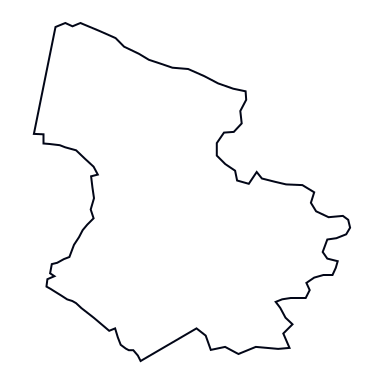 the district of Morfou, Cyprus
{"feature_id": "46923920B39754802683787", "entity_name": "Morfou", "entity_type": "district", "adm_level": 2, "iso_a3": "CYP", "parent_name": "Cyprus", "parent_adm1": "", "projection": "orthographic", "projection_center": [32.978, 35.222], "detail": "fine", "context": "isolated", "style": "outline", "palette": "ink", "viewbox_px": 384, "rotation_deg": 0, "n_neighbors": 0, "source": "geoboundaries", "source_scale": "gbopen_adm2", "svg_char_len": 1436}
<svg xmlns="http://www.w3.org/2000/svg" viewBox="0 0 384 384"><path d="M292.5,324.3L285.5,317.7L280.2,307.8L275.7,301.9L282.2,299.3L290.7,298.0L305.7,298.0L309.7,290.1L306.4,282.9L314.2,277.6L323.4,275.0L332.5,275.0L335.8,267.8L337.7,261.2L327.3,258.6L322.7,252.0L327.3,239.5L336.4,238.2L346.2,234.3L350.1,227.7L348.2,219.8L342.9,215.9L328.6,217.2L316.1,211.3L310.9,202.8L314.2,192.3L302.4,185.1L286.1,184.4L275.0,181.8L261.9,178.5L256.7,172.0L248.8,183.8L237.1,180.5L235.1,170.7L225.3,164.1L216.8,155.6L216.8,143.1L224.0,132.6L233.8,131.9L241.7,123.4L240.3,111.0L246.2,99.8L245.6,91.3L233.2,88.7L218.1,83.4L204.4,76.2L188.1,69.0L172.4,67.7L160.7,63.7L148.9,59.8L139.1,53.9L124.1,46.7L115.6,38.1L99.3,30.9L80.4,23.0L72.5,26.3L65.3,23.0L55.5,27.0L33.9,133.9L43.5,134.3L43.5,143.5L49.7,144.0L59.8,145.2L65.2,147.3L76.1,150.3L84.9,158.7L93.6,166.7L97.8,174.6L91.1,176.3L92.4,187.2L94.0,198.2L90.7,209.5L93.6,218.3L87.3,224.6L82.7,230.1L79.0,237.2L74.0,244.8L69.4,257.0L63.9,259.1L57.2,262.8L51.8,264.1L50.1,273.3L54.4,276.2L47.4,279.2L46.5,286.2L46.5,286.6L50.6,288.9L53.6,290.8L56.5,292.6L61.5,295.7L67.2,299.4L72.3,301.0L76.0,303.1L81.5,308.2L93.7,317.7L109.2,330.8L115.1,328.4L117.8,337.3L120.7,344.8L125.8,348.6L128.8,350.2L133.3,350.2L137.9,355.6L140.6,361.0L196.5,328.4L205.7,335.6L210.8,349.9L225.1,346.9L238.4,354.0L255.8,346.9L278.2,348.9L289.5,347.9L283.3,333.5L292.5,324.3Z" fill="none" stroke="#020617" stroke-width="2"/></svg>